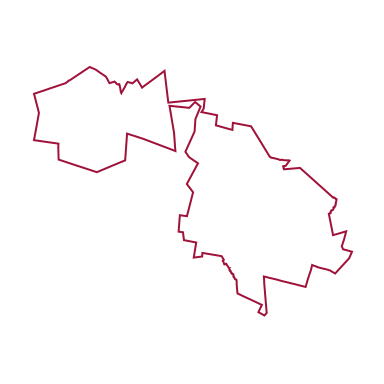 Salinas, San Luis Potosí, Mexico, rotated 273°
{"feature_id": "50627088B4619703066828", "entity_name": "Salinas", "entity_type": "district", "adm_level": 2, "iso_a3": "MEX", "parent_name": "Mexico", "parent_adm1": "San Luis Potosí", "projection": "mercator", "projection_center": [-101.675, 22.823], "detail": "fine", "context": "isolated", "style": "outline", "palette": "rose", "viewbox_px": 384, "rotation_deg": 273, "n_neighbors": 0, "source": "geoboundaries", "source_scale": "gbopen_adm2", "svg_char_len": 4977}
<svg xmlns="http://www.w3.org/2000/svg" viewBox="0 0 384 384"><g transform="rotate(273 192 192)"><path d="M72.5,270.8L75.1,272.9L105.4,268.8L107.5,268.7L109.4,268.4L111.4,268.2L110.0,275.5L109.7,277.3L109.3,279.5L108.8,282.0L107.6,287.3L107.2,289.7L106.9,291.3L106.3,294.2L105.8,296.8L105.5,298.7L103.1,310.4L111.1,312.3L113.9,313.0L117.7,314.1L119.2,314.6L121.1,315.0L122.7,315.3L125.4,315.8L125.0,316.9L124.4,318.9L124.0,320.3L123.8,320.6L123.5,321.6L123.0,323.6L122.4,326.7L122.0,329.2L121.0,333.6L118.1,339.2L134.0,352.4L134.7,352.6L136.4,353.3L140.7,354.9L140.9,354.1L141.1,353.0L141.4,352.0L141.6,350.9L141.9,349.9L142.1,348.9L142.2,348.5L142.3,347.8L142.7,345.9L145.7,344.4L148.0,345.1L150.1,345.6L151.6,346.1L153.0,346.4L155.9,347.0L157.6,347.4L158.6,347.6L159.4,347.7L159.9,347.8L160.8,348.0L157.7,339.3L156.3,335.1L158.4,334.6L177.3,329.8L177.4,330.0L177.5,330.0L177.6,330.6L177.7,330.9L177.8,331.0L177.9,330.9L178.0,330.8L178.2,331.1L178.3,331.3L178.4,331.2L178.5,331.2L178.8,331.3L179.1,331.5L179.4,331.4L179.7,331.5L179.8,331.6L180.0,331.7L180.0,331.8L179.9,331.8L180.0,331.9L180.4,331.8L180.5,331.8L180.8,332.0L181.0,332.3L180.9,332.5L181.0,332.9L181.1,333.1L181.3,333.1L181.5,333.5L181.7,333.8L182.0,333.9L182.4,334.0L182.9,334.1L183.1,334.2L183.3,334.3L183.5,334.5L183.7,334.4L183.8,334.4L183.9,334.5L184.0,334.8L184.1,335.0L184.3,335.0L184.4,334.9L184.5,334.9L184.6,335.1L184.8,335.0L184.8,334.9L184.9,335.0L185.1,335.2L185.2,335.3L185.4,335.4L185.5,335.5L185.7,335.8L185.8,335.8L186.0,335.9L186.1,336.0L186.4,336.1L186.7,336.1L186.8,336.0L187.0,336.0L187.3,336.1L187.5,336.1L187.8,336.1L188.0,336.2L188.2,336.3L188.4,336.2L188.5,336.2L188.9,336.1L189.2,336.2L189.5,336.3L190.0,336.5L190.4,336.5L190.8,336.6L191.4,336.7L192.0,336.8L192.5,336.6L192.6,336.3L192.4,336.1L192.6,335.9L192.8,335.6L193.2,335.5L193.4,335.1L193.5,335.0L193.5,334.9L193.6,334.7L193.8,334.5L193.9,334.3L193.8,334.2L193.8,333.9L194.0,333.7L194.0,333.4L194.1,333.2L193.9,333.1L221.7,298.6L219.5,282.8L219.5,282.7L219.8,282.5L220.0,282.7L220.1,282.8L220.3,282.6L220.4,282.4L220.5,282.4L220.8,282.3L220.9,282.2L221.1,282.3L221.4,282.3L221.4,282.2L221.5,282.2L221.8,282.1L222.1,281.9L222.3,281.8L222.4,281.7L222.6,281.7L222.9,284.1L228.5,287.8L228.6,287.5L228.6,287.3L228.7,287.0L228.7,286.6L228.6,285.5L228.6,284.1L228.6,282.7L228.6,282.0L228.7,281.4L228.7,281.1L228.8,280.7L229.0,280.0L228.9,279.4L228.7,279.1L228.6,278.8L228.6,278.6L228.5,278.4L228.6,278.0L228.8,277.8L228.9,277.5L229.1,276.8L229.4,275.5L229.5,274.9L229.6,274.3L229.8,273.6L229.9,272.8L230.0,272.6L230.0,272.3L230.0,272.1L230.1,271.9L230.1,271.7L230.2,271.2L230.2,270.7L230.4,270.0L230.4,269.8L230.4,269.6L230.5,269.4L230.5,269.2L230.7,268.9L230.8,268.8L230.8,268.6L231.0,268.4L231.2,268.2L231.2,267.9L234.8,265.4L245.3,258.2L258.2,249.3L259.5,248.4L260.7,247.5L263.2,229.2L256.1,229.1L259.8,212.4L270.0,213.0L272.3,197.3L275.9,199.3L285.6,199.8L280.0,163.7L286.6,162.5L311.5,158.2L304.4,149.7L294.2,137.3L293.6,136.7L301.6,131.3L297.5,127.0L297.4,126.9L297.9,124.7L298.5,122.0L297.0,121.1L296.2,120.6L295.1,120.2L294.4,119.9L293.2,119.4L292.1,118.8L290.4,118.0L289.4,117.4L288.8,117.1L287.7,116.5L287.4,116.3L287.1,116.2L287.6,115.9L288.5,115.6L289.4,115.4L291.1,115.1L294.1,114.3L294.7,114.2L294.9,114.1L295.6,113.9L295.8,113.8L296.0,113.5L295.5,113.0L295.4,112.9L295.5,112.7L295.5,112.4L296.0,111.1L296.4,110.8L296.9,110.5L297.1,110.3L297.5,109.8L298.2,108.8L298.1,108.7L296.4,103.9L302.6,100.1L306.1,94.3L309.1,89.6L311.5,83.3L297.1,64.0L296.7,62.7L296.1,62.6L294.3,60.2L294.1,60.2L293.9,59.7L292.2,55.3L290.2,50.4L288.2,45.2L286.0,39.8L281.8,29.1L278.3,30.2L266.6,33.9L265.2,34.3L262.9,35.0L248.5,33.2L235.5,31.5L233.3,56.1L229.9,56.1L217.4,57.1L213.2,72.3L208.7,89.1L206.8,95.9L215.4,113.7L220.1,123.6L246.9,124.1L242.6,140.3L236.8,158.5L233.4,169.1L232.0,173.3L237.0,172.6L250.1,171.0L269.3,166.7L276.9,165.0L275.9,184.9L282.0,190.4L277.8,196.1L265.0,191.6L252.5,191.4L231.8,183.3L227.2,186.8L226.5,187.4L221.0,196.5L199.7,186.4L191.8,193.1L167.6,188.2L168.2,181.1L151.7,180.7L151.3,185.1L143.5,186.5L141.8,198.9L141.4,198.8L126.6,197.2L128.1,205.5L131.7,205.6L129.5,224.9L126.0,227.3L124.9,226.3L124.1,227.0L123.2,227.3L121.9,227.8L121.4,228.1L121.5,228.3L122.0,229.3L121.7,229.4L121.9,230.1L121.2,230.5L120.3,231.1L120.2,231.2L120.2,231.3L119.9,231.5L118.7,232.3L118.4,232.5L118.1,232.7L117.8,232.9L117.8,233.0L117.7,232.9L116.6,233.6L116.2,233.9L116.1,233.7L115.8,233.6L115.7,233.6L115.2,234.0L115.3,234.5L114.6,234.9L114.4,234.7L114.0,235.1L113.7,235.2L112.9,235.7L113.1,236.0L112.7,236.2L112.6,236.3L112.2,236.5L111.9,236.9L112.0,237.6L110.5,237.9L110.4,237.8L110.1,237.8L109.9,238.0L109.7,237.9L109.2,238.0L108.8,238.5L109.0,238.7L108.5,239.0L108.0,239.2L107.8,239.2L107.3,239.4L107.1,239.7L106.8,240.9L106.5,241.0L106.0,241.1L105.3,241.3L102.5,241.4L93.1,242.7L90.4,249.2L87.6,256.2L84.8,263.1L82.9,267.7L78.4,265.8L77.6,265.5L75.5,264.6L72.5,270.8Z" fill="none" stroke="#9f1239" stroke-width="2"/></g></svg>